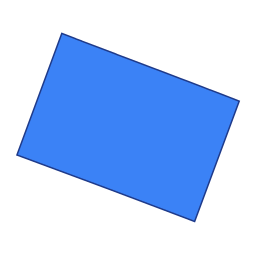 outline of LaGrange, Indiana, United States of America, rotated 21°
{"feature_id": "52423323B51679482550394", "entity_name": "LaGrange", "entity_type": "district", "adm_level": 2, "iso_a3": "USA", "parent_name": "United States of America", "parent_adm1": "Indiana", "projection": "albers", "projection_center": [-85.418, 41.642], "detail": "fine", "context": "isolated", "style": "filled", "palette": "blue", "viewbox_px": 256, "rotation_deg": 21, "n_neighbors": 0, "source": "geoboundaries", "source_scale": "gbopen_adm2", "svg_char_len": 483}
<svg xmlns="http://www.w3.org/2000/svg" viewBox="0 0 256 256"><g transform="rotate(21 128 128)"><path d="M223.7,191.4L222.2,63.1L207.5,63.0L191.3,63.0L191.0,63.0L190.7,63.1L183.1,63.0L180.6,63.0L176.6,63.0L172.5,63.0L167.3,63.0L159.3,63.1L147.4,63.1L127.6,63.2L125.6,63.2L91.3,63.4L90.4,63.3L53.7,63.5L53.4,63.4L47.6,63.5L46.6,63.4L43.4,63.4L37.3,63.4L36.0,63.4L32.3,63.4L34.0,193.0L129.2,191.9L176.6,191.6L223.7,191.4Z" fill="#3b82f6" stroke="#1e3a8a" stroke-width="1.5"/></g></svg>